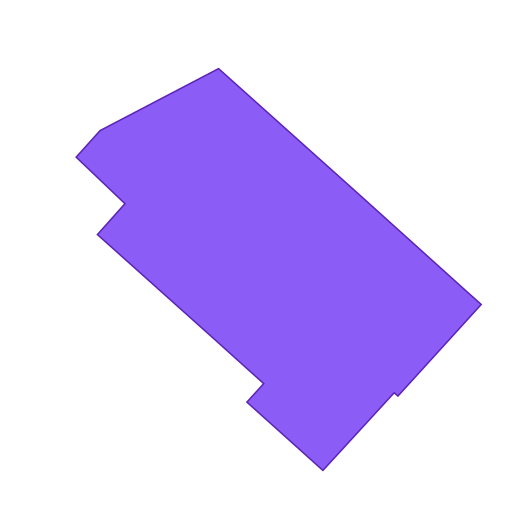 Pershing, Nevada, United States of America, rotated 222°
{"feature_id": "52423323B94206551608777", "entity_name": "Pershing", "entity_type": "district", "adm_level": 2, "iso_a3": "USA", "parent_name": "United States of America", "parent_adm1": "Nevada", "projection": "robinson", "projection_center": [-118.513, 40.48], "detail": "fine", "context": "isolated", "style": "filled", "palette": "violet", "viewbox_px": 512, "rotation_deg": 222, "n_neighbors": 0, "source": "geoboundaries", "source_scale": "gbopen_adm2", "svg_char_len": 345}
<svg xmlns="http://www.w3.org/2000/svg" viewBox="0 0 512 512"><g transform="rotate(222 256 256)"><path d="M78.6,370.6L220.8,370.7L409.2,370.2L455.8,244.9L455.8,209.1L388.4,207.2L388.2,165.8L233.1,166.3L164.9,166.3L165.0,141.3L62.8,141.4L61.8,246.8L56.8,246.9L56.2,370.7L78.6,370.6Z" fill="#8b5cf6" stroke="#5b21b6" stroke-width="1.5"/></g></svg>